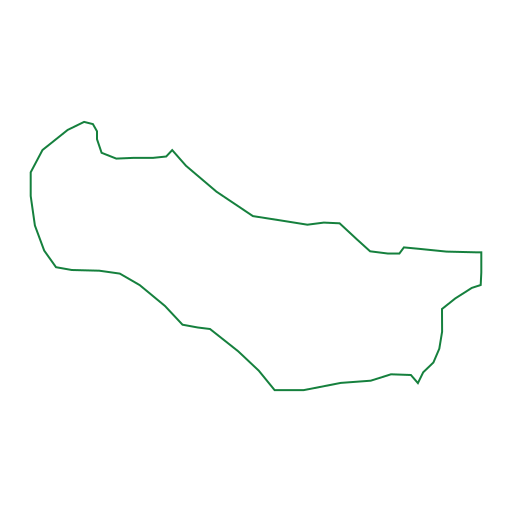 SVG path tracing the border of Karbinci
{"feature_id": "MKD-2934", "entity_name": "Karbinci", "entity_type": "Statistical Region", "adm_level": 1, "iso_a3": "MKD", "parent_name": "North Macedonia", "parent_adm1": "", "projection": "robinson", "projection_center": [22.284, 41.787], "detail": "fine", "context": "isolated", "style": "outline", "palette": "green", "viewbox_px": 512, "rotation_deg": 0, "n_neighbors": 0, "source": "natural_earth", "source_scale": "10m", "svg_char_len": 844}
<svg xmlns="http://www.w3.org/2000/svg" viewBox="0 0 512 512"><path d="M84.1,121.9L92.9,124.1L97.0,131.3L97.0,139.2L101.6,152.8L116.3,158.6L132.7,157.9L152.7,157.9L166.2,156.5L172.2,150.1L186.0,165.8L216.5,191.7L252.9,216.1L281.1,220.5L307.4,224.7L323.8,222.6L339.6,223.3L356.6,239.1L370.1,251.3L387.6,253.5L399.4,253.5L403.9,247.4L418.8,248.8L446.5,251.6L475.2,252.3L481.3,252.3L481.3,272.5L480.7,285.0L471.8,287.9L455.3,298.4L442.0,309.0L442.1,331.7L439.3,348.7L433.4,362.5L423.2,372.3L417.9,383.1L410.9,375.0L391.0,374.3L370.7,380.7L340.8,382.9L303.8,390.1L274.6,390.1L258.8,370.7L238.2,351.3L210.0,329.0L197.8,327.5L182.5,324.7L165.0,306.0L139.7,285.1L119.8,273.6L99.3,270.7L71.8,270.0L56.0,267.2L44.2,250.6L34.9,225.5L30.7,196.0L30.7,172.3L42.5,150.0L64.7,132.3L67.7,129.9L84.1,121.9Z" fill="none" stroke="#15803d" stroke-width="2"/></svg>